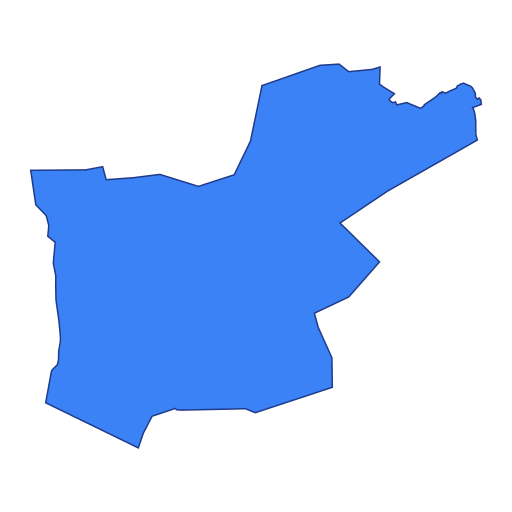 Santiago Tillo, Oaxaca, Mexico
{"feature_id": "50627088B22600736926563", "entity_name": "Santiago Tillo", "entity_type": "district", "adm_level": 2, "iso_a3": "MEX", "parent_name": "Mexico", "parent_adm1": "Oaxaca", "projection": "albers", "projection_center": [-97.308, 17.467], "detail": "fine", "context": "isolated", "style": "filled", "palette": "blue", "viewbox_px": 512, "rotation_deg": 0, "n_neighbors": 0, "source": "geoboundaries", "source_scale": "gbopen_adm2", "svg_char_len": 1235}
<svg xmlns="http://www.w3.org/2000/svg" viewBox="0 0 512 512"><path d="M138.3,447.9L143.4,433.0L152.1,416.2L175.4,408.4L176.4,409.7L181.0,410.1L233.4,409.0L236.2,409.0L236.7,408.9L245.3,408.7L255.3,412.7L330.4,387.9L332.3,387.3L331.9,357.8L318.3,327.6L314.4,313.2L348.8,296.9L379.5,261.9L340.0,223.0L387.4,191.2L477.4,140.0L475.8,134.5L475.8,129.9L475.7,120.1L474.7,113.2L473.1,107.9L472.8,107.9L473.2,107.4L481.3,104.4L480.9,100.1L479.1,97.9L477.5,99.2L475.5,97.2L475.3,93.2L472.5,88.0L470.8,86.3L463.5,83.2L460.4,84.1L459.5,85.1L457.5,85.7L456.3,88.2L450.4,90.7L445.5,93.2L442.0,91.7L441.3,93.4L440.2,92.6L435.7,97.0L424.1,104.9L424.0,106.0L420.5,108.3L406.7,102.6L396.8,104.9L395.5,101.9L392.6,102.7L389.4,100.3L389.3,98.9L394.4,93.7L383.7,87.2L379.5,84.1L380.1,67.0L372.2,69.4L348.7,71.7L339.1,64.1L320.0,65.3L262.0,85.6L250.5,141.0L234.2,174.8L198.3,186.4L159.9,174.4L133.5,177.7L106.2,179.7L104.1,172.1L102.7,166.7L85.4,169.9L30.7,170.3L35.8,204.8L46.2,215.6L48.8,225.5L47.8,236.3L55.2,242.3L53.3,263.1L55.8,276.0L55.7,287.7L55.8,289.4L56.0,300.1L58.9,320.7L59.7,328.7L60.4,336.8L60.4,341.5L58.7,351.1L58.5,359.8L57.4,364.7L52.3,369.7L51.4,371.4L45.7,402.8L138.3,447.9Z" fill="#3b82f6" stroke="#1e3a8a" stroke-width="1.5"/></svg>